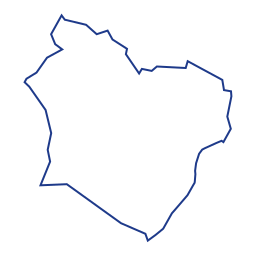 the district of Bogdantsi, Bogdanci, North Macedonia
{"feature_id": "65306769B60147523647729", "entity_name": "Bogdantsi", "entity_type": "district", "adm_level": 2, "iso_a3": "MKD", "parent_name": "North Macedonia", "parent_adm1": "Bogdanci", "projection": "albers", "projection_center": [22.598, 41.193], "detail": "fine", "context": "isolated", "style": "outline", "palette": "blue", "viewbox_px": 256, "rotation_deg": 0, "n_neighbors": 0, "source": "geoboundaries", "source_scale": "gbopen_adm2", "svg_char_len": 754}
<svg xmlns="http://www.w3.org/2000/svg" viewBox="0 0 256 256"><path d="M107.6,30.6L96.7,34.2L86.1,24.8L64.8,19.7L61.6,15.4L51.1,34.2L55.2,44.2L62.2,49.4L47.0,57.7L36.5,72.6L26.5,78.7L24.6,82.2L29.3,86.7L45.6,110.0L51.2,133.1L47.7,149.8L50.1,161.6L40.5,185.3L66.8,184.2L121.0,223.2L145.4,233.8L147.8,240.6L155.5,235.0L163.2,228.7L171.9,213.3L175.4,209.3L177.9,206.4L187.5,195.2L193.4,184.8L194.6,182.8L194.8,181.5L195.4,174.2L195.1,170.8L196.1,163.2L199.1,153.8L202.2,149.6L204.9,148.2L216.1,143.1L221.6,140.8L223.4,142.1L230.8,128.8L227.3,116.6L231.4,96.3L231.0,91.3L224.0,90.1L222.3,79.9L187.7,61.2L185.7,68.0L156.9,66.5L151.7,70.9L141.9,68.9L139.1,73.5L125.9,54.2L127.0,48.8L112.5,39.5L107.6,30.6Z" fill="none" stroke="#1e3a8a" stroke-width="2"/></svg>